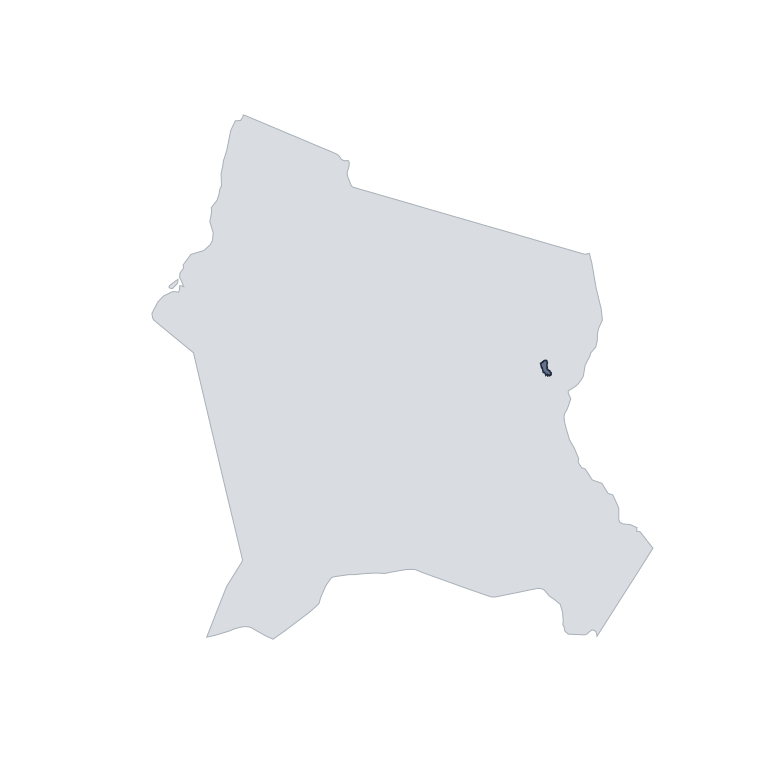 Likuyani, Western, Kenya (highlighted), rotated 167°
{"feature_id": "3690345B37507144009314", "entity_name": "Likuyani", "entity_type": "district", "adm_level": 2, "iso_a3": "KEN", "parent_name": "Kenya", "parent_adm1": "Western", "projection": "orthographic", "projection_center": [35.073, 0.767], "detail": "fine", "context": "in_parent", "style": "filled", "palette": "slate", "viewbox_px": 768, "rotation_deg": 167, "n_neighbors": 0, "source": "geoboundaries", "source_scale": "gbopen_adm2", "svg_char_len": 5013}
<svg xmlns="http://www.w3.org/2000/svg" viewBox="0 0 768 768"><g transform="rotate(167 384 384)"><path d="M154.5,465.1L154.3,455.3L155.7,430.2L155.5,408.2L156.8,397.2L162.2,390.2L164.7,385.1L166.5,378.1L169.4,372.3L175.8,367.6L177.0,365.0L183.8,357.1L187.9,347.0L191.0,343.6L194.8,340.4L197.6,338.8L202.1,337.1L205.6,336.1L206.2,335.3L206.5,333.7L205.3,327.4L206.8,325.4L209.2,321.2L212.0,317.3L214.4,314.8L215.8,312.3L216.5,307.9L216.6,304.8L216.5,299.7L215.8,288.1L212.9,278.4L211.1,267.6L212.4,264.0L210.1,257.6L209.0,257.3L207.1,255.9L204.8,249.9L203.0,244.4L201.9,243.1L194.1,238.3L190.3,227.0L186.0,224.5L183.7,213.3L183.2,210.1L185.7,199.0L185.4,196.4L182.8,194.0L175.6,191.6L169.7,187.0L170.5,185.4L170.9,183.7L167.8,182.6L158.9,163.5L170.4,152.1L182.2,140.4L197.1,125.8L210.8,112.3L222.7,100.6L233.3,90.2L233.0,92.2L233.1,94.8L234.4,96.5L236.6,97.6L239.6,96.4L242.2,94.8L244.8,94.4L260.7,98.8L263.4,102.5L263.2,106.6L263.9,109.5L262.7,112.5L261.4,121.4L261.8,129.6L266.5,135.7L270.8,140.5L274.2,147.2L276.7,149.2L280.2,150.3L291.1,150.6L307.3,151.0L322.9,151.4L324.3,151.6L327.6,152.5L342.0,161.5L355.1,169.8L366.2,177.0L377.1,184.0L387.6,190.8L395.7,196.4L403.7,198.2L416.8,199.0L425.8,199.2L434.1,201.6L446.5,203.8L455.7,204.9L461.3,206.2L476.8,207.5L479.4,206.7L486.1,200.5L493.7,190.3L496.7,184.7L506.5,179.1L523.8,171.3L536.0,165.8L549.5,160.3L555.7,165.0L564.2,172.7L568.1,176.5L571.1,178.1L575.7,179.2L581.4,179.3L584.4,179.1L590.7,178.1L605.3,177.1L613.7,177.2L606.7,187.4L598.4,199.6L583.0,222.0L571.2,233.9L562.3,242.8L561.4,244.4L561.5,254.4L561.7,278.7L562.1,327.4L562.3,376.1L562.5,424.8L562.6,449.1L562.6,457.3L570.5,467.5L578.2,477.5L588.3,490.7L593.7,497.8L594.6,500.1L594.3,504.9L585.9,514.8L579.1,519.3L569.8,521.5L567.1,521.1L563.4,519.7L562.0,522.0L560.9,525.7L558.9,525.0L557.3,523.9L558.3,530.5L559.2,533.7L557.8,538.1L553.3,541.9L552.9,545.2L543.1,553.7L529.3,554.6L522.1,558.8L518.9,562.3L516.4,569.8L517.2,581.4L513.3,590.2L512.6,594.7L505.4,600.5L502.2,605.8L499.9,611.2L497.8,613.5L495.4,625.6L492.0,632.9L491.1,635.3L490.3,637.5L487.7,641.8L486.0,644.8L484.8,646.7L476.3,665.5L469.7,673.9L464.6,673.0L461.1,676.2L460.8,677.8L458.9,676.9L454.7,673.8L445.9,667.5L437.1,661.1L428.3,654.8L419.5,648.4L410.7,642.1L401.9,635.7L393.1,629.3L384.2,623.0L379.1,619.2L376.8,617.0L375.0,612.6L374.1,611.6L371.8,610.2L369.0,609.9L368.2,609.0L368.2,606.9L369.2,603.9L372.5,598.0L372.8,594.6L372.2,590.7L371.2,584.4L370.3,583.0L364.5,579.7L352.2,572.9L339.9,566.0L327.6,559.2L315.3,552.3L303.1,545.4L290.8,538.6L278.5,531.7L266.2,524.9L253.9,518.0L241.5,511.1L229.2,504.3L216.9,497.4L204.6,490.5L192.3,483.6L180.0,476.8L167.7,469.9L163.0,467.3L158.9,465.1L154.5,465.1ZM563.3,531.6L561.2,532.2L562.3,528.8L568.6,524.6L571.2,525.6L571.7,526.5L571.5,527.4L570.5,528.3L563.3,531.6Z" fill="#d9dde1" stroke="#a8b0b8" stroke-width="1"/><path d="M218.9,356.0L218.9,356.3L218.8,356.5L218.7,356.8L218.7,357.0L218.6,357.3L218.6,357.5L218.8,357.6L219.0,357.7L219.1,357.8L219.3,357.9L219.3,358.0L219.3,358.3L219.4,358.5L219.4,358.8L219.3,359.0L219.4,359.3L219.5,359.5L219.7,359.8L219.8,359.8L219.8,359.7L220.0,359.8L220.3,359.9L220.3,360.0L220.5,360.3L220.6,360.5L220.8,360.8L220.9,361.0L221.0,360.9L221.2,361.0L221.3,361.0L221.5,361.2L221.5,361.3L221.6,361.6L221.6,361.8L221.7,362.0L221.6,362.3L221.6,362.5L221.6,362.8L221.6,363.0L221.4,363.3L221.2,363.4L221.2,363.5L221.1,363.8L221.0,364.0L221.1,364.3L221.2,364.5L221.1,364.8L221.2,365.0L221.0,365.8L221.0,366.0L220.9,366.3L220.8,366.6L220.7,366.8L220.5,367.0L220.4,367.1L220.3,367.3L220.2,367.3L220.1,367.5L220.1,367.8L220.1,368.0L220.1,369.2L220.1,369.3L220.2,369.5L220.3,369.7L220.4,369.8L220.3,370.0L220.2,370.1L220.3,370.3L220.5,370.4L220.9,370.5L221.0,370.7L221.3,370.7L221.5,370.6L221.8,370.7L221.9,370.8L222.0,370.8L222.3,370.8L222.5,370.8L222.8,370.8L222.9,370.7L223.0,370.7L223.3,370.5L223.4,370.4L223.5,370.3L223.5,370.2L223.7,369.9L223.8,369.9L224.0,369.9L224.1,370.0L224.4,370.1L224.5,370.1L224.6,369.9L224.6,369.7L224.8,369.7L225.0,369.5L225.0,369.4L225.3,369.4L225.6,369.3L225.7,369.2L225.8,369.2L226.0,369.0L226.3,369.1L226.5,369.1L226.8,369.0L226.8,368.9L226.7,368.8L226.6,368.6L226.7,368.4L226.8,368.2L226.8,367.7L226.8,366.8L226.8,364.4L226.7,364.4L226.5,364.5L226.4,364.4L226.2,364.4L226.2,364.0L226.2,359.4L225.9,359.3L225.7,359.2L225.6,359.3L225.5,359.2L225.4,359.2L225.3,359.3L225.2,359.3L225.1,359.5L225.1,359.8L224.6,358.1L224.4,356.2L224.3,356.3L224.3,356.2L224.3,356.3L224.2,356.3L224.1,356.5L223.9,356.6L223.7,356.7L223.5,356.4L223.4,356.4L223.2,356.4L223.1,356.2L223.0,356.3L222.9,356.3L222.8,356.2L222.7,356.2L222.7,355.9L222.6,356.0L222.6,355.9L222.5,355.7L222.5,355.4L222.4,355.4L222.2,355.3L222.2,355.2L222.0,355.3L221.9,355.3L221.7,355.3L221.4,355.4L221.2,355.2L221.2,355.3L221.1,355.2L220.9,355.1L220.7,355.1L220.4,355.1L220.2,355.1L220.2,355.3L219.9,355.4L219.7,355.4L219.7,355.5L219.5,355.4L219.4,355.4L219.2,355.4L219.2,355.5L218.9,355.8L218.9,356.0Z" fill="#64748b" stroke="#1e293b" stroke-width="1.5"/></g></svg>